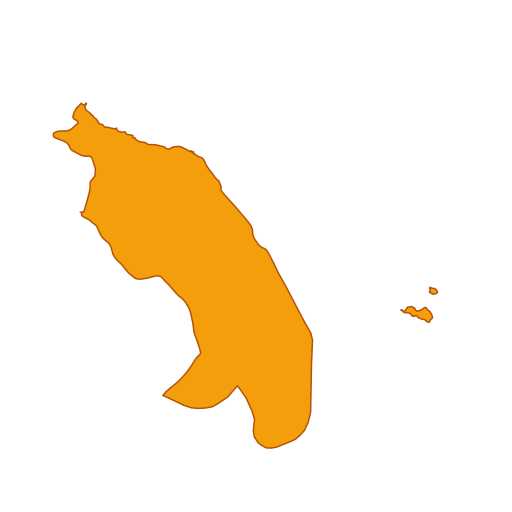 Ngoc Hien, Cà Mau, Vietnam (Natural Earth projection), rotated 256°
{"feature_id": "81297802B22159011638398", "entity_name": "Ngoc Hien", "entity_type": "district", "adm_level": 2, "iso_a3": "VNM", "parent_name": "Vietnam", "parent_adm1": "Cà Mau", "projection": "natural_earth1", "projection_center": [104.982, 8.603], "detail": "fine", "context": "isolated", "style": "filled", "palette": "amber", "viewbox_px": 512, "rotation_deg": 256, "n_neighbors": 0, "source": "geoboundaries", "source_scale": "gbopen_adm2", "svg_char_len": 5697}
<svg xmlns="http://www.w3.org/2000/svg" viewBox="0 0 512 512"><g transform="rotate(256 256 256)"><path d="M143.2,132.0L128.3,150.3L124.3,156.7L122.1,163.1L120.7,170.3L120.3,177.4L122.0,183.5L126.0,194.4L134.5,206.5L131.8,207.8L120.8,212.0L106.4,214.7L97.6,215.0L87.1,211.1L80.9,210.6L74.3,212.9L71.4,215.2L67.4,219.4L65.9,224.4L65.6,230.1L67.4,242.8L68.5,249.6L71.6,255.7L75.2,261.0L82.0,266.4L91.2,271.2L138.1,283.8L160.7,290.5L168.1,290.5L181.4,286.8L197.9,282.8L218.8,277.8L234.0,273.6L244.0,271.6L251.5,269.9L254.6,269.0L257.6,268.2L259.9,267.3L261.2,266.0L262.5,264.2L264.2,262.6L266.6,261.1L272.8,258.7L278.0,258.1L282.9,259.0L286.5,258.4L289.3,257.4L291.2,256.6L306.2,249.2L323.9,239.8L326.6,238.6L328.5,238.1L329.7,238.0L330.5,238.5L331.6,238.9L337.5,238.2L339.3,237.0L341.6,235.5L347.3,233.3L350.2,231.8L353.6,230.6L356.9,229.5L360.5,229.0L363.3,228.1L364.4,227.2L366.4,224.2L368.3,222.4L369.8,221.3L370.4,220.2L370.8,219.9L371.3,220.0L371.4,220.4L371.8,220.6L372.2,220.6L372.4,220.3L372.4,220.1L372.2,219.9L372.2,219.3L372.6,218.7L373.1,218.6L373.5,218.7L373.7,218.3L373.7,218.0L373.4,217.7L373.4,217.2L373.8,216.9L375.0,215.4L376.6,213.8L377.4,212.6L377.9,212.0L378.4,211.7L378.8,211.2L379.2,210.6L379.8,210.1L380.2,209.4L380.9,208.0L381.2,206.9L381.5,204.8L381.7,203.0L381.8,201.2L381.4,199.8L380.9,198.8L380.8,198.0L381.1,196.8L381.6,195.6L382.5,194.4L383.8,193.7L384.3,193.1L385.9,189.8L387.6,186.7L388.4,184.9L389.1,182.6L389.6,180.7L389.8,179.4L390.2,178.6L390.7,177.9L392.3,176.7L392.8,175.9L393.8,174.1L394.6,171.8L395.4,170.3L395.8,169.8L396.7,168.8L397.7,167.9L398.4,167.5L399.0,167.4L399.6,167.1L400.1,166.8L400.4,166.0L400.8,165.3L401.1,165.1L401.6,165.1L402.0,165.3L402.4,165.7L402.7,165.7L402.9,165.5L403.0,165.1L403.4,164.3L403.8,163.8L404.0,163.2L404.3,162.3L405.3,160.2L405.9,159.7L406.9,159.3L407.7,159.4L408.2,158.8L408.4,156.8L409.5,153.7L410.7,152.3L412.4,151.2L413.2,151.6L413.6,151.8L413.8,151.6L413.6,151.1L413.5,150.4L413.9,149.1L415.2,146.2L416.1,144.5L417.2,142.2L417.4,140.8L418.0,140.0L419.1,139.5L420.8,138.8L421.3,137.6L421.9,136.4L423.2,135.5L425.3,135.1L426.0,134.5L426.7,134.2L427.4,134.4L428.2,133.3L429.9,132.2L431.6,131.7L432.4,130.7L433.8,130.1L435.2,129.4L437.1,127.7L438.8,126.4L440.8,126.0L442.4,126.2L443.6,127.1L444.7,128.3L445.3,128.2L445.2,127.6L444.5,126.6L444.2,125.5L444.7,124.5L446.4,123.4L442.8,117.5L439.5,114.4L436.1,112.3L434.9,112.0L433.9,112.1L432.4,113.2L430.3,115.2L429.0,115.8L427.7,114.9L423.9,107.7L423.2,105.1L423.3,102.2L424.9,94.5L424.8,91.9L424.0,89.2L422.3,88.6L420.6,88.6L419.6,89.4L418.2,91.3L413.6,97.8L411.7,99.8L409.0,101.1L404.9,101.9L403.1,102.9L400.4,105.8L395.9,110.9L394.4,113.5L393.6,116.8L392.8,119.3L391.2,120.4L388.5,120.8L384.6,120.9L380.0,121.3L377.0,120.6L374.0,119.6L372.3,118.6L370.0,115.8L368.8,113.8L367.4,112.9L361.6,111.3L357.3,109.3L348.1,104.1L344.3,101.8L341.9,100.6L340.9,99.7L340.7,98.3L340.8,96.6L340.3,97.0L339.7,97.1L337.8,96.7L337.0,97.0L336.1,97.7L334.7,99.0L331.5,102.8L329.9,104.0L327.7,105.5L325.3,107.5L324.2,108.2L322.5,108.8L320.4,109.3L317.4,109.7L314.6,110.2L311.9,111.2L310.7,111.7L308.9,112.7L305.7,115.0L304.1,116.1L302.4,116.8L299.7,117.4L295.3,117.6L292.3,117.6L290.1,118.3L287.5,119.2L285.7,120.1L283.5,121.5L280.9,123.2L278.8,124.3L275.5,125.7L270.8,128.0L269.0,129.3L266.6,131.0L264.5,132.6L263.7,133.4L263.0,134.2L263.0,134.4L262.2,136.0L261.5,138.1L261.2,140.2L260.8,145.3L260.9,151.3L260.9,153.1L260.8,154.5L260.3,156.2L259.8,157.7L259.0,158.7L257.3,159.7L251.9,162.7L249.0,164.5L238.8,169.7L235.4,171.8L233.3,173.6L231.3,174.7L229.5,175.8L227.0,176.8L224.6,177.5L221.2,178.4L218.4,178.7L214.6,178.8L209.7,178.6L205.5,178.4L201.2,177.9L197.1,177.5L193.1,177.7L190.1,178.1L187.3,178.4L182.7,178.7L177.9,179.0L175.7,178.8L174.9,178.7L174.3,178.1L173.2,176.3L172.0,174.3L170.9,172.7L170.0,171.7L169.1,170.8L167.0,168.7L161.5,162.6L159.3,159.6L157.9,157.7L155.4,154.0L153.3,150.6L152.2,148.4L151.4,146.8L146.2,135.9L143.2,132.0ZM156.3,412.4L157.9,412.0L158.8,411.6L159.8,411.3L160.5,411.0L161.2,410.3L162.1,409.5L163.0,409.2L164.0,408.9L164.7,408.4L165.0,407.8L165.2,407.2L165.1,406.7L164.7,405.8L164.2,404.8L163.9,403.7L163.4,401.6L163.5,401.1L163.5,400.6L163.3,400.0L163.4,399.5L164.1,398.4L164.8,397.8L165.3,397.7L166.5,397.5L167.2,397.2L167.5,396.9L167.8,396.2L168.1,395.8L168.7,395.4L169.2,394.9L169.4,394.3L169.5,393.6L169.4,392.9L169.4,392.3L169.6,391.5L169.5,390.5L169.4,390.1L168.9,389.8L168.4,389.3L167.9,388.7L167.1,388.0L166.7,387.4L166.6,386.4L166.9,385.7L167.1,385.3L167.8,385.0L168.5,384.5L168.7,384.2L168.7,383.8L168.6,383.6L168.3,383.7L167.8,384.1L167.6,384.5L167.2,384.9L166.7,385.2L166.0,385.4L165.6,385.9L164.9,386.8L164.6,387.5L164.5,388.7L164.3,389.5L163.9,390.0L163.3,391.1L161.9,392.3L160.8,392.7L160.1,393.0L159.8,393.3L159.2,394.8L159.2,395.2L159.4,395.9L159.4,396.4L159.3,397.1L159.0,397.5L158.6,397.8L157.9,398.0L157.3,398.3L156.5,399.1L154.7,401.4L154.6,401.8L154.1,403.1L153.8,403.4L153.6,403.8L153.4,404.3L152.8,404.8L151.8,405.3L151.1,406.0L150.3,406.7L150.0,407.1L149.8,407.5L149.8,407.9L150.3,408.5L151.3,409.4L152.1,410.1L152.7,411.5L153.2,412.1L153.7,412.4L154.2,412.4L156.3,412.4ZM180.9,416.9L180.7,416.8L180.5,416.7L179.6,415.7L179.4,415.6L179.1,415.6L178.9,415.6L178.6,415.8L178.1,416.4L177.0,417.4L176.6,417.8L176.3,418.2L176.2,418.4L176.1,418.5L176.1,419.3L176.0,419.8L175.9,419.9L175.9,420.6L176.0,421.4L176.3,422.6L176.6,423.1L176.9,423.3L177.4,423.4L177.9,423.3L180.2,422.4L180.6,422.0L181.0,421.6L181.6,420.4L182.2,418.9L182.5,418.6L182.9,418.2L183.2,417.9L183.4,417.6L183.4,417.2L183.0,416.7L182.6,416.6L182.3,416.6L181.9,416.9L181.6,416.9L181.3,417.0L180.9,416.9Z" fill="#f59e0b" stroke="#b45309" stroke-width="1.5"/></g></svg>